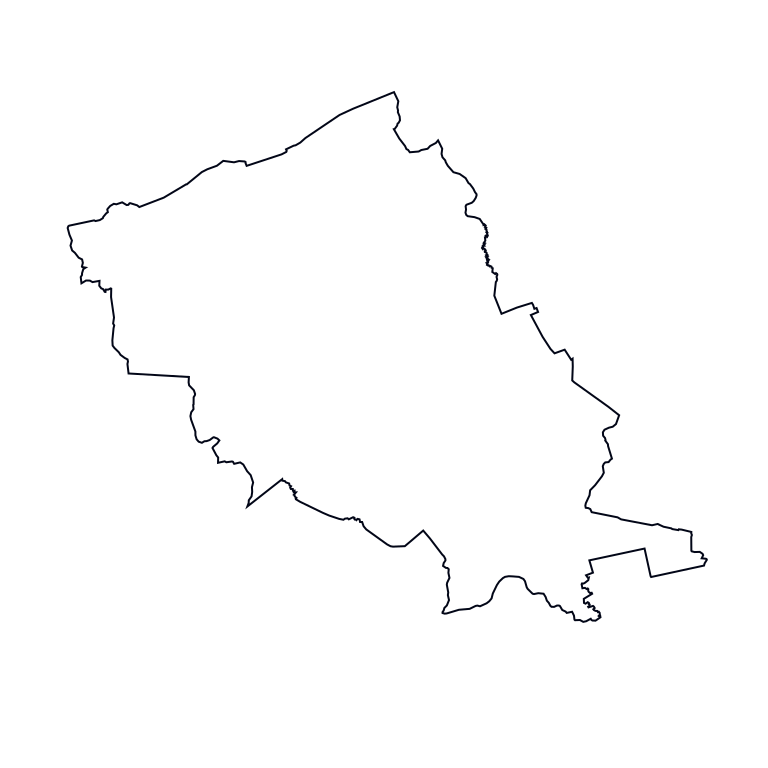 Telesti, Gorj, Romania, rotated 346°
{"feature_id": "2599482B86985968934630", "entity_name": "Telesti", "entity_type": "district", "adm_level": 2, "iso_a3": "ROU", "parent_name": "Romania", "parent_adm1": "Gorj", "projection": "natural_earth1", "projection_center": [23.098, 44.988], "detail": "fine", "context": "isolated", "style": "outline", "palette": "ink", "viewbox_px": 768, "rotation_deg": 346, "n_neighbors": 0, "source": "geoboundaries", "source_scale": "gbopen_adm2", "svg_char_len": 6166}
<svg xmlns="http://www.w3.org/2000/svg" viewBox="0 0 768 768"><g transform="rotate(346 384 384)"><path d="M650.6,637.6L651.7,635.6L654.7,632.7L654.6,631.9L654.0,631.4L650.1,630.0L652.3,627.3L652.0,625.8L649.8,623.3L644.7,622.2L642.1,620.8L641.9,620.1L645.1,606.8L646.2,605.0L646.0,603.2L646.4,601.9L637.6,597.3L634.9,596.3L634.3,597.0L628.6,594.5L627.9,593.6L620.7,590.1L615.6,586.0L609.9,585.9L581.3,572.7L578.4,569.9L554.5,558.6L553.9,555.3L552.3,553.9L549.8,552.9L549.9,550.8L551.0,548.5L556.5,541.7L558.3,537.0L564.3,533.3L573.1,526.3L575.8,523.3L576.4,516.7L577.9,514.7L579.7,513.6L583.0,514.1L585.5,512.2L587.1,511.6L586.4,498.5L586.7,496.6L585.0,492.4L585.4,492.0L585.4,489.9L584.1,487.2L584.7,483.8L586.9,481.7L591.7,480.8L595.6,480.8L599.4,479.0L604.6,471.2L596.2,460.4L569.0,428.4L567.5,426.1L571.4,412.7L573.1,405.1L571.5,405.8L567.6,394.4L556.9,395.5L554.0,390.2L549.3,376.6L543.2,352.6L550.9,351.4L550.4,347.2L548.1,347.4L547.8,343.3L547.1,341.1L531.5,342.0L515.0,344.3L512.4,325.0L517.2,312.1L518.3,311.2L519.1,309.8L519.1,307.3L520.4,305.5L520.4,304.6L519.5,303.5L518.5,304.2L516.2,301.5L517.5,298.0L516.5,297.2L516.7,296.1L515.6,295.2L514.9,295.4L514.3,294.1L513.6,294.2L512.7,293.3L513.3,292.3L512.9,291.5L514.1,291.5L514.4,291.1L514.0,290.5L514.9,289.8L514.0,289.4L514.0,288.0L515.4,288.1L513.9,286.2L515.2,285.7L514.2,284.8L515.0,284.6L514.5,283.8L515.6,283.7L515.0,282.5L515.3,281.6L514.9,280.8L513.8,280.3L513.9,279.4L515.0,278.9L514.6,277.7L513.3,276.5L512.5,277.0L512.0,275.7L512.6,275.0L513.3,275.1L513.3,274.0L514.6,274.1L514.2,273.5L514.9,273.1L514.4,272.8L514.5,272.1L515.9,271.7L515.2,271.0L517.0,269.4L517.4,266.3L518.1,266.4L518.4,264.7L518.9,264.6L519.7,265.8L520.0,265.1L520.6,265.1L520.4,262.8L520.9,262.3L520.1,261.5L520.8,260.8L520.5,260.0L520.8,258.9L519.9,258.0L521.0,257.1L519.9,256.1L521.0,254.9L520.5,254.0L519.1,253.9L519.5,252.9L518.9,252.7L516.8,247.0L512.2,244.0L505.8,241.4L504.7,239.8L504.5,237.5L505.8,234.6L506.2,231.3L506.8,230.5L507.5,230.0L513.0,229.4L515.3,228.2L518.0,225.6L519.4,223.5L519.7,222.2L518.7,219.8L517.9,216.0L515.8,210.9L514.6,209.5L513.0,204.0L508.2,198.5L502.6,195.3L498.7,187.7L497.6,183.8L497.5,181.8L495.6,178.2L495.5,174.7L497.4,169.8L495.4,160.7L492.6,162.7L486.4,164.2L483.2,166.3L476.8,166.0L473.9,166.8L465.1,165.4L464.0,162.7L462.6,161.5L462.0,158.2L458.2,149.5L455.2,139.1L456.2,139.0L459.2,136.5L460.2,134.6L461.4,134.1L463.3,132.0L463.9,128.2L463.2,123.6L463.8,122.0L463.8,118.7L466.3,113.1L464.3,103.2L420.7,109.4L406.0,112.2L367.3,126.3L361.2,129.5L356.0,131.0L354.0,130.9L345.7,132.6L346.0,134.2L345.3,135.2L340.2,136.4L303.5,139.1L303.1,136.2L303.4,135.2L302.7,134.4L297.3,132.6L292.1,132.6L282.0,128.6L274.7,131.8L264.5,132.9L258.5,134.3L240.9,142.6L240.3,142.4L215.4,149.9L189.4,153.1L187.7,150.9L181.6,147.2L180.8,147.1L179.3,148.3L177.6,148.1L173.9,144.4L167.8,144.9L165.4,143.8L161.4,145.0L158.2,147.2L157.7,147.8L157.6,150.5L155.8,151.2L152.1,153.9L151.3,155.1L147.9,156.2L143.5,156.1L142.3,155.1L116.8,154.2L115.8,154.6L114.8,156.1L114.9,163.0L115.9,169.3L113.3,173.9L113.7,179.0L115.8,181.9L118.3,187.6L121.2,190.1L121.1,193.6L119.3,197.0L119.5,197.5L122.6,198.9L120.0,199.8L117.8,203.5L117.4,205.1L115.6,206.9L114.8,213.1L119.9,211.5L123.6,212.5L125.8,214.6L132.9,215.1L131.5,219.8L132.8,222.8L134.4,224.0L135.3,227.0L136.0,227.3L136.8,225.1L139.3,225.7L141.9,225.1L142.4,225.5L140.2,233.6L138.1,254.2L135.8,259.8L136.4,261.9L135.1,264.4L131.0,275.9L130.0,281.1L131.2,283.9L134.4,289.1L135.4,292.0L138.7,296.0L141.1,298.1L141.0,300.3L139.9,302.5L138.7,312.0L196.4,330.0L194.8,335.2L194.6,338.2L198.0,344.1L198.3,348.0L197.8,349.1L196.1,350.8L194.3,357.7L193.8,358.1L193.1,362.3L190.1,364.8L188.4,368.3L188.2,371.9L189.5,384.5L188.6,388.2L188.8,392.3L190.2,395.1L193.1,397.0L195.9,396.1L198.1,396.5L201.3,396.2L205.4,394.5L206.1,394.5L209.2,396.7L210.6,398.9L207.8,401.3L203.1,403.6L202.1,404.6L204.1,412.6L205.3,415.2L203.9,420.3L210.7,420.5L212.1,421.8L217.8,422.4L218.6,422.9L219.3,425.2L225.5,425.3L228.0,428.1L230.1,435.5L232.6,440.2L233.2,447.9L230.9,452.2L230.0,456.8L228.3,461.0L224.7,464.1L223.9,466.7L221.8,469.8L262.2,451.7L262.0,453.2L264.4,454.3L265.0,455.7L267.9,457.6L267.8,459.6L269.1,460.7L267.9,461.8L268.2,463.3L270.1,463.8L269.8,465.5L271.3,465.8L270.4,467.2L272.4,467.8L269.7,469.7L270.3,470.3L270.2,471.5L271.5,473.3L270.6,473.8L270.6,474.5L274.1,478.0L293.5,494.2L299.0,498.4L307.8,504.0L311.8,505.9L313.5,505.2L316.2,505.5L317.1,506.8L321.8,505.8L322.9,506.6L322.5,507.4L322.8,508.4L324.0,508.7L324.3,509.4L325.8,508.5L327.5,509.4L327.4,512.1L329.4,512.6L329.8,517.1L331.6,520.8L348.2,540.4L351.1,543.0L353.4,544.0L365.0,546.4L386.6,535.7L391.2,545.0L399.2,563.5L400.5,565.7L401.2,568.7L400.9,570.1L398.6,572.2L397.3,574.8L399.6,577.4L401.1,577.9L402.0,579.4L400.8,582.8L400.6,588.0L397.2,592.1L396.4,593.9L395.9,601.8L394.9,604.3L394.8,609.4L391.4,614.1L388.4,615.9L387.1,618.2L385.6,619.5L385.4,620.4L387.3,621.5L389.3,621.8L402.1,621.2L412.7,622.9L419.2,621.5L421.0,621.6L423.4,622.9L430.5,621.6L433.5,620.3L436.5,618.1L438.9,613.6L444.9,606.4L448.0,603.6L452.4,601.1L454.8,600.4L458.6,600.7L462.3,601.8L468.3,603.8L472.1,606.9L473.1,609.5L473.3,615.7L473.8,617.5L477.4,623.4L478.7,624.1L483.1,624.3L488.1,626.1L489.3,629.8L489.6,633.6L491.0,636.3L491.7,639.3L492.6,640.7L495.2,641.4L498.3,640.8L500.2,641.3L501.0,642.0L502.3,646.4L505.2,648.8L505.9,650.3L511.4,650.5L512.3,654.7L511.8,658.7L512.2,659.4L517.0,660.4L519.8,663.0L522.8,663.1L527.8,661.8L528.2,663.1L529.0,663.9L532.0,664.8L537.6,662.7L537.7,661.3L536.6,661.5L536.2,661.0L537.5,660.2L537.9,658.3L537.3,656.9L536.4,657.1L536.0,655.8L534.3,655.3L533.0,654.1L532.6,653.2L534.2,652.3L533.8,650.8L533.1,649.9L528.4,650.2L528.2,649.5L529.5,649.1L530.2,647.9L530.0,647.2L529.5,647.0L529.8,646.0L528.9,645.0L526.4,645.9L525.1,644.8L525.9,640.8L535.2,637.9L535.0,636.8L533.3,636.6L532.3,635.1L532.1,634.1L532.6,632.4L532.2,631.7L531.1,632.0L529.6,630.4L527.1,630.2L527.3,626.1L527.9,625.4L529.2,625.9L530.6,625.6L534.7,623.8L536.0,621.3L534.9,621.3L533.8,618.5L541.1,617.6L540.6,604.8L597.0,606.7L596.2,634.9L596.5,635.9L650.6,637.6Z" fill="none" stroke="#020617" stroke-width="2"/></g></svg>